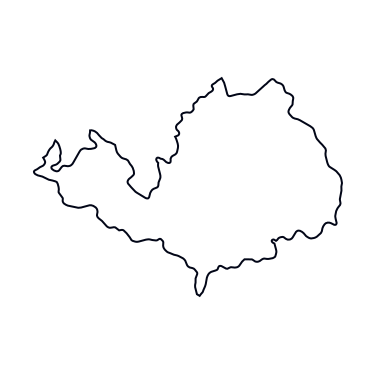 outline of Cotuí, Sánchez Ramírez, Dominican Republic, rotated 345°
{"feature_id": "3306468B72281596552802", "entity_name": "Cotuí", "entity_type": "district", "adm_level": 2, "iso_a3": "DOM", "parent_name": "Dominican Republic", "parent_adm1": "Sánchez Ramírez", "projection": "orthographic", "projection_center": [-70.199, 18.97], "detail": "fine", "context": "isolated", "style": "outline", "palette": "ink", "viewbox_px": 384, "rotation_deg": 345, "n_neighbors": 0, "source": "geoboundaries", "source_scale": "gbopen_adm2", "svg_char_len": 6054}
<svg xmlns="http://www.w3.org/2000/svg" viewBox="0 0 384 384"><g transform="rotate(345 192 192)"><path d="M57.1,120.3L57.6,122.1L58.0,124.4L57.7,125.7L56.8,126.8L55.6,127.7L54.7,128.1L51.6,128.7L48.4,129.9L45.7,130.5L44.9,131.0L44.6,131.4L44.5,132.4L44.8,133.3L45.3,134.2L47.3,136.0L51.5,138.4L56.9,143.1L60.2,144.8L63.0,146.5L64.0,147.5L64.4,149.4L64.4,152.7L64.1,154.8L63.3,156.9L63.1,157.8L63.3,158.6L65.5,164.2L65.5,165.0L64.8,167.0L64.7,167.9L64.9,168.9L65.3,169.9L66.8,171.6L68.5,173.0L78.0,177.8L80.8,178.3L89.6,178.3L91.2,178.7L93.1,179.9L95.0,182.0L95.5,183.1L95.8,184.1L95.8,185.2L95.6,186.8L94.4,189.3L94.1,190.3L94.3,191.8L95.0,193.2L97.6,196.7L100.8,203.1L101.7,204.2L102.9,205.1L104.4,205.5L107.5,205.8L108.8,206.4L111.7,210.2L114.2,210.4L115.1,210.7L115.9,211.2L118.1,214.8L120.1,219.5L121.1,222.8L122.0,223.8L124.4,225.3L125.9,225.9L127.6,226.1L135.2,226.1L137.5,226.4L139.0,226.9L141.2,228.1L144.7,229.5L145.9,229.6L147.8,229.0L148.6,228.9L149.5,229.2L149.8,229.5L151.1,231.8L151.3,233.0L150.2,236.5L150.1,238.1L150.3,239.1L150.8,240.6L152.2,243.0L153.2,244.1L155.2,245.5L158.3,247.9L161.1,249.4L162.4,250.3L166.1,253.7L167.0,255.0L167.7,256.5L168.3,261.3L168.8,262.7L170.1,264.2L172.7,265.6L173.9,266.5L174.7,267.8L176.0,270.8L176.1,271.6L175.8,272.6L173.1,276.4L172.0,280.4L170.9,282.7L170.4,284.7L170.3,292.0L172.5,294.3L174.5,292.7L176.1,291.7L176.7,291.1L177.8,289.5L180.2,286.5L181.4,284.6L184.2,278.6L185.5,276.8L186.7,275.6L187.5,275.0L189.1,274.3L190.1,274.1L194.5,273.9L195.9,273.7L196.7,273.3L197.9,271.6L198.5,271.0L199.2,270.6L199.7,270.6L200.6,270.8L201.4,271.3L205.1,274.8L206.4,275.3L208.8,274.8L210.2,274.7L213.8,276.1L215.4,276.3L216.4,276.3L217.5,276.0L218.5,275.5L222.4,272.2L225.3,270.6L232.4,272.6L233.1,273.2L235.0,275.4L236.0,276.0L237.0,276.3L238.0,276.4L239.6,276.2L242.1,275.2L243.6,274.9L244.6,275.0L247.2,276.1L248.9,276.5L252.9,276.8L255.0,276.3L255.8,275.7L257.1,273.6L257.9,272.0L258.2,270.9L258.3,269.1L258.3,263.1L256.9,261.8L256.3,260.6L256.4,259.7L257.1,259.0L257.6,258.9L258.5,259.0L259.2,259.5L260.5,260.9L261.8,260.4L263.3,259.2L264.2,258.8L265.6,258.6L267.1,258.7L268.1,258.9L268.9,259.4L270.5,261.5L272.0,262.7L273.5,263.1L274.6,263.2L276.2,262.8L277.5,261.9L282.2,257.4L283.7,256.8L284.7,256.8L286.2,257.4L287.9,258.9L289.2,260.7L290.8,264.1L291.9,265.4L293.1,266.6L294.0,267.2L295.0,267.7L297.8,268.0L299.4,267.9L301.0,267.5L305.9,265.0L307.2,263.6L308.6,260.8L309.9,259.1L311.6,257.6L313.1,256.8L315.2,256.7L316.8,257.2L318.2,258.1L320.9,260.5L321.8,260.8L322.7,260.7L323.4,260.0L323.7,259.2L323.8,255.1L324.0,252.9L324.3,251.9L326.3,247.8L327.7,246.1L328.9,244.9L331.6,242.9L332.4,241.7L332.6,240.7L332.8,238.0L333.0,237.1L336.7,229.4L337.7,225.3L339.2,222.2L339.5,218.9L339.5,216.7L339.0,214.0L336.8,209.4L335.4,207.6L331.8,203.7L331.1,202.8L330.7,201.7L330.4,200.0L330.3,198.3L330.4,191.8L330.8,189.6L332.1,186.5L332.1,184.5L330.0,180.0L328.5,177.4L326.5,173.3L326.2,172.3L325.9,170.0L325.8,164.1L325.7,163.0L325.1,161.4L323.3,159.1L314.8,150.6L313.0,149.1L310.2,147.6L308.7,146.4L308.1,145.6L306.3,142.1L305.9,140.6L305.9,139.6L306.3,138.6L306.9,137.7L308.4,136.1L311.2,134.1L311.8,133.4L312.9,130.2L313.9,128.1L314.2,127.1L314.1,126.1L313.8,125.1L312.5,123.3L311.3,122.2L308.9,120.6L308.3,119.8L307.8,117.9L307.7,113.6L307.4,112.6L307.0,111.7L305.7,110.2L302.8,108.4L301.8,107.4L300.7,105.3L300.2,104.5L299.1,103.8L298.2,103.7L297.4,103.9L294.4,105.3L291.8,106.8L289.9,107.6L278.8,113.3L277.3,113.7L275.7,113.8L274.6,113.6L271.5,112.2L267.9,111.3L264.2,109.7L260.8,109.3L254.0,109.3L253.0,109.1L252.1,108.6L251.6,107.7L251.4,106.7L251.4,98.7L251.3,94.7L250.1,89.7L245.5,91.1L242.6,92.6L239.9,93.4L239.1,93.8L238.6,94.5L238.5,95.3L239.1,97.3L239.0,98.1L238.6,98.8L238.0,99.4L236.7,100.0L233.7,100.8L230.2,103.0L229.3,103.4L228.4,103.4L226.4,102.8L225.0,102.5L223.6,102.7L222.8,103.1L221.0,105.0L220.0,105.9L216.9,107.1L216.2,107.6L215.6,108.9L215.2,111.5L215.0,112.5L214.0,113.5L212.5,114.4L211.3,114.8L210.4,114.8L207.8,113.8L206.7,113.6L203.9,113.5L202.4,114.0L201.8,114.6L201.6,115.3L201.6,118.3L201.1,119.6L200.4,120.2L198.0,121.6L194.9,123.1L193.6,124.5L193.3,125.5L193.2,126.5L193.3,127.5L193.7,128.4L194.5,129.6L194.8,130.5L194.9,131.6L194.6,132.6L193.9,133.4L193.0,133.8L190.0,134.2L190.4,136.1L190.6,138.5L190.7,141.5L190.5,143.8L189.8,145.8L188.2,148.9L187.4,150.2L185.8,151.3L182.3,152.2L181.1,152.9L179.9,154.4L179.4,156.6L178.8,157.7L177.9,158.1L176.5,157.8L174.9,156.5L173.0,153.5L172.0,152.5L170.3,151.7L169.2,150.6L168.3,150.1L167.4,149.9L166.5,150.3L165.9,151.2L165.8,152.3L166.2,153.9L166.9,155.1L166.2,157.0L165.9,158.6L165.8,166.2L165.7,168.0L165.3,169.6L164.8,170.6L162.2,174.1L161.2,176.9L160.5,178.0L159.3,178.6L155.8,179.0L154.3,179.5L152.9,180.5L151.4,182.1L149.2,186.0L148.2,186.7L147.7,186.8L146.3,186.3L145.5,185.7L139.0,178.9L137.5,177.2L134.5,171.7L132.4,167.3L132.3,166.2L132.5,165.2L133.0,164.4L133.7,163.7L134.5,163.1L137.2,161.9L139.6,160.6L140.3,160.0L140.8,159.1L141.2,156.6L141.0,153.3L140.4,151.2L139.4,149.0L138.3,145.0L137.0,143.5L134.1,141.7L133.0,140.8L132.1,139.5L130.6,136.4L130.2,135.5L129.8,133.9L129.7,132.2L129.9,126.6L126.3,123.3L125.0,122.5L123.2,121.6L121.7,120.3L120.2,118.1L118.7,116.5L116.9,113.2L115.6,110.4L114.0,108.4L112.8,107.4L111.0,106.4L109.5,106.1L108.9,108.1L107.6,110.7L107.4,111.8L107.4,113.4L107.6,114.4L108.0,115.4L110.8,118.8L111.5,120.3L111.7,121.8L111.6,122.7L111.1,123.6L109.8,124.3L108.8,124.4L105.6,124.2L102.9,123.6L99.8,122.1L98.2,121.9L96.1,122.3L95.1,122.8L93.8,123.9L85.0,132.8L83.7,134.0L82.2,134.8L81.2,135.1L79.6,135.1L78.6,134.9L75.5,133.6L74.0,133.5L72.6,134.1L69.3,136.7L68.3,137.1L67.2,137.1L66.2,136.8L64.4,135.6L63.0,134.0L62.5,133.1L62.5,132.1L62.6,131.6L63.3,130.9L64.6,130.5L67.6,130.4L69.1,130.0L72.0,128.4L73.0,127.4L73.3,126.5L73.9,122.7L75.1,121.1L75.4,120.2L75.7,118.6L75.8,116.3L75.7,113.4L75.4,111.1L74.9,109.6L73.3,106.8L71.8,108.5L70.8,110.1L69.8,111.2L68.7,112.1L66.4,113.3L65.1,114.3L63.5,115.9L61.5,118.6L60.2,119.3L57.1,120.3Z" fill="none" stroke="#020617" stroke-width="2"/></g></svg>